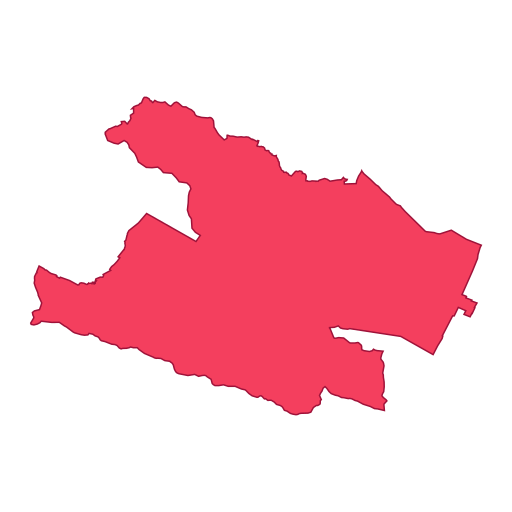 Urechesti, Bacau, Romania
{"feature_id": "2599482B92089902451538", "entity_name": "Urechesti", "entity_type": "district", "adm_level": 2, "iso_a3": "ROU", "parent_name": "Romania", "parent_adm1": "Bacau", "projection": "equal_earth", "projection_center": [27.054, 46.131], "detail": "fine", "context": "isolated", "style": "filled", "palette": "rose", "viewbox_px": 512, "rotation_deg": 0, "n_neighbors": 0, "source": "geoboundaries", "source_scale": "gbopen_adm2", "svg_char_len": 6053}
<svg xmlns="http://www.w3.org/2000/svg" viewBox="0 0 512 512"><path d="M471.8,300.1L465.9,297.9L466.5,296.5L466.3,296.3L462.0,294.6L472.5,270.9L477.5,258.6L478.0,254.6L480.1,247.6L481.3,245.2L466.4,239.3L451.3,230.2L440.5,233.7L439.2,233.9L436.8,233.5L434.2,232.6L426.4,231.7L425.3,231.3L405.2,211.6L401.4,207.4L400.4,205.9L396.5,204.4L395.6,203.6L391.0,199.0L389.5,197.0L382.1,190.7L378.4,186.3L375.8,184.7L370.3,179.3L364.1,174.0L361.9,171.3L361.7,170.8L361.1,172.2L358.6,176.1L356.7,180.7L356.2,183.6L344.4,184.0L344.2,181.3L345.7,181.1L346.7,180.5L347.2,179.4L345.7,179.2L344.3,178.5L343.4,177.4L341.4,179.7L337.3,180.0L330.1,181.2L327.2,179.3L324.6,178.5L319.2,180.2L318.1,181.3L316.9,181.1L316.0,181.4L315.8,181.1L312.0,180.9L310.1,181.4L307.5,181.2L307.3,180.8L305.9,180.8L305.8,179.7L306.3,176.3L305.4,174.3L303.1,173.3L302.5,173.4L302.7,173.0L301.7,171.4L299.5,170.9L297.9,171.7L296.8,171.2L295.5,171.4L291.4,176.0L288.8,174.9L288.4,173.9L287.7,173.2L286.7,172.9L286.3,172.2L284.1,172.4L283.7,172.3L283.5,171.3L281.7,170.3L280.9,168.9L280.8,168.1L279.8,166.6L279.3,165.0L279.4,164.2L279.0,161.9L278.3,161.2L277.9,159.4L276.2,156.6L276.3,155.5L274.5,155.9L272.0,155.0L272.0,154.1L271.1,154.0L270.7,153.2L269.7,152.7L268.9,151.4L268.8,150.8L268.0,150.5L266.5,150.7L265.0,149.9L264.6,148.1L263.1,146.8L261.9,146.7L261.4,146.4L259.5,146.7L258.7,146.3L257.3,146.3L256.9,145.7L258.1,143.0L258.7,140.8L257.8,140.5L257.1,141.5L252.6,139.2L252.2,139.6L248.5,137.2L246.2,136.9L244.0,137.2L241.2,136.8L237.2,137.1L233.2,136.2L230.0,136.1L227.7,135.2L227.1,135.3L227.0,138.0L226.8,138.5L224.2,139.9L219.0,134.9L217.4,132.7L214.8,128.2L214.1,127.6L213.5,120.8L212.3,118.8L210.9,117.7L209.8,117.5L207.7,117.9L201.6,117.4L196.7,116.1L195.1,114.7L194.2,112.3L191.4,109.8L188.9,108.7L186.0,106.9L183.8,106.9L182.4,106.6L178.3,103.0L176.6,102.1L175.0,102.5L174.1,103.0L170.9,106.2L168.5,105.1L164.9,101.9L162.9,102.5L160.5,102.5L157.3,101.8L154.8,100.4L152.9,102.6L152.5,102.6L151.5,101.0L150.3,100.8L149.0,98.7L146.6,97.4L144.6,97.3L144.1,97.5L143.1,98.9L141.6,102.5L140.8,103.3L140.2,103.3L138.5,105.0L136.7,105.5L133.9,106.7L132.0,108.7L133.6,108.4L133.6,113.1L130.4,115.3L130.6,117.4L131.0,118.1L129.9,120.7L128.3,122.3L127.7,123.8L127.2,124.0L124.7,121.3L121.3,121.6L121.8,123.3L121.5,124.2L117.3,126.5L115.7,126.2L110.1,128.7L109.0,128.9L105.4,132.1L105.2,132.3L105.5,133.1L105.1,133.8L107.7,140.5L114.1,143.2L118.1,144.0L124.1,140.5L127.1,142.3L128.8,144.9L129.4,147.7L134.8,153.3L136.6,157.1L138.4,162.0L146.3,167.4L152.0,167.7L157.8,167.1L160.7,169.4L163.4,172.6L171.9,173.3L176.3,177.9L179.2,181.8L186.8,182.9L189.8,185.7L190.9,188.9L189.3,192.1L188.5,195.8L188.2,202.9L187.4,210.0L189.1,215.5L191.4,218.8L192.0,228.2L195.4,232.3L200.3,235.4L196.0,241.5L146.6,213.5L138.4,223.0L128.9,230.6L127.4,233.5L127.4,234.7L127.0,235.4L125.9,240.1L124.6,241.4L125.1,242.7L124.9,243.5L125.3,245.3L125.0,247.1L124.6,247.9L124.2,249.6L123.8,249.7L118.1,256.8L119.8,257.8L117.1,261.4L114.0,264.7L111.7,266.5L110.3,268.4L109.7,269.4L110.7,270.4L103.1,274.5L103.6,275.6L102.8,277.2L100.3,277.1L95.9,278.9L95.4,280.6L96.3,280.8L95.3,282.0L94.6,282.1L95.2,283.0L95.2,283.4L94.1,284.0L92.8,282.2L92.4,282.2L91.9,283.7L91.1,283.2L88.9,283.4L88.6,283.1L88.3,283.7L87.7,283.8L87.3,284.4L86.5,284.4L83.9,283.2L81.1,282.8L79.6,283.4L79.0,284.7L77.8,285.0L69.5,280.5L60.3,277.2L59.6,278.2L56.5,276.6L56.9,275.9L56.0,275.0L51.1,273.5L49.4,272.5L46.5,270.1L45.2,270.0L43.8,268.6L39.1,266.0L36.8,271.6L37.0,272.7L36.3,273.0L34.6,276.5L34.5,278.3L34.7,280.2L34.2,283.1L35.5,287.2L37.6,292.2L38.2,294.4L38.2,295.2L41.7,302.9L41.0,305.5L39.5,309.6L34.4,310.9L32.4,312.5L32.9,315.1L33.6,316.5L33.8,317.8L30.7,323.1L31.2,324.4L33.9,324.9L37.2,324.1L39.9,322.7L41.2,321.2L51.8,322.4L59.3,322.3L64.4,325.9L66.5,327.0L73.1,332.0L74.6,332.8L81.2,334.7L84.5,335.2L87.9,334.9L89.0,333.4L92.8,334.2L95.1,335.9L97.9,336.8L99.3,338.2L100.1,339.7L101.3,340.7L105.1,341.6L111.7,344.2L115.1,344.6L117.1,345.5L119.3,348.0L121.1,348.9L122.7,348.4L126.4,348.3L129.2,347.7L130.6,347.0L133.3,347.7L137.3,347.7L139.0,349.5L144.4,353.4L153.8,357.4L154.2,357.8L156.2,358.3L157.7,358.2L161.0,358.5L164.8,360.6L169.9,361.3L170.3,361.9L171.7,362.7L173.2,364.6L174.4,369.1L175.3,371.0L176.4,372.5L177.4,373.1L178.8,373.7L187.9,375.5L194.7,374.4L198.6,376.3L202.1,375.5L204.3,375.3L205.8,375.6L207.2,376.8L211.1,379.3L212.2,383.5L213.4,384.7L215.0,385.6L218.7,385.6L223.5,384.8L228.2,386.3L235.1,386.3L241.4,389.0L245.0,389.8L245.8,390.3L248.9,393.5L252.1,395.8L257.0,397.3L258.0,397.2L259.5,396.1L260.9,395.7L262.2,396.5L264.4,398.9L265.5,398.7L267.9,400.4L270.1,400.2L271.5,400.4L274.3,402.1L276.5,404.4L280.3,405.5L281.9,406.5L282.7,407.4L284.4,410.3L287.0,411.1L290.4,413.4L293.1,414.2L296.0,414.7L297.8,414.4L299.0,413.7L300.9,413.3L308.0,413.1L310.8,412.2L313.4,407.5L316.0,405.7L316.7,405.4L317.7,405.5L319.8,404.3L320.2,403.4L320.3,400.7L321.3,399.6L319.5,395.4L320.8,392.8L321.9,391.3L323.1,388.2L325.0,386.6L326.8,388.3L329.0,391.5L331.2,393.6L335.3,395.2L338.2,395.8L341.5,397.5L343.9,397.7L348.3,398.6L349.8,398.4L352.0,398.9L355.1,400.5L357.5,401.1L363.2,404.2L370.4,406.5L374.5,408.6L377.6,408.9L384.4,410.5L383.9,404.8L384.1,403.9L386.9,400.9L386.1,399.8L383.3,397.5L382.0,395.9L382.0,395.3L382.6,393.6L383.7,391.7L384.2,386.8L384.1,382.0L383.4,377.4L383.3,374.9L382.7,373.1L384.0,365.9L383.5,363.1L383.0,361.9L380.9,359.2L380.8,357.8L381.9,353.7L383.1,351.2L377.0,350.6L375.0,350.1L373.5,349.2L372.3,350.7L369.5,351.5L364.1,350.7L361.9,349.8L361.7,348.5L361.6,346.1L361.2,345.1L358.5,342.7L357.8,342.5L355.1,343.0L350.4,343.0L349.5,342.7L343.7,338.0L338.7,337.6L335.8,338.2L334.3,338.2L333.6,337.2L330.2,328.9L329.5,328.0L329.5,327.6L334.3,327.3L338.3,325.9L340.5,328.0L342.9,328.7L347.7,329.2L349.7,328.6L400.8,336.4L433.1,354.6L437.7,345.7L442.1,338.6L442.8,336.1L442.3,335.8L452.6,315.9L454.2,315.9L458.3,307.4L465.8,310.7L464.0,314.4L470.1,316.8L471.9,313.3L472.2,313.5L474.9,307.7L474.4,307.4L477.0,303.0L471.3,300.9L471.8,300.1Z" fill="#f43f5e" stroke="#9f1239" stroke-width="1.5"/></svg>